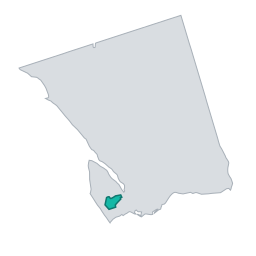 location of Al-Hasna, Shamal Sina', Egypt, rotated 162°
{"feature_id": "37247803B43495383669597", "entity_name": "Al-Hasna", "entity_type": "district", "adm_level": 2, "iso_a3": "EGY", "parent_name": "Egypt", "parent_adm1": "Shamal Sina'", "projection": "equal_earth", "projection_center": [33.353, 30.276], "detail": "fine", "context": "in_parent", "style": "filled", "palette": "teal", "viewbox_px": 256, "rotation_deg": 162, "n_neighbors": 0, "source": "geoboundaries", "source_scale": "gbopen_adm2", "svg_char_len": 3363}
<svg xmlns="http://www.w3.org/2000/svg" viewBox="0 0 256 256"><g transform="rotate(162 128 128)"><path d="M213.1,218.7L208.4,218.7L203.7,218.7L199.0,218.7L194.3,218.7L189.7,218.7L185.0,218.7L180.3,218.7L175.6,218.7L170.9,218.7L166.2,218.7L161.5,218.8L156.8,218.8L152.1,218.8L147.4,218.8L142.7,218.8L138.0,218.8L135.3,218.8L135.8,217.1L136.1,215.8L135.7,215.0L134.8,214.8L134.2,215.1L132.8,218.6L132.1,218.8L130.4,218.8L124.9,218.8L119.5,218.8L114.0,218.8L108.5,218.8L103.1,218.8L97.6,218.8L92.1,218.8L86.7,218.8L81.2,218.8L75.7,218.8L70.3,218.8L64.8,218.8L59.3,218.8L53.9,218.8L48.4,218.8L42.9,218.8L43.0,214.4L43.1,210.1L43.2,205.8L43.3,201.5L43.4,197.2L43.5,193.0L43.6,188.7L43.6,184.4L43.7,180.1L43.8,175.8L43.9,171.6L44.0,167.3L44.1,163.0L44.2,158.8L44.3,154.5L44.4,150.3L44.5,146.0L44.6,141.8L44.7,137.5L44.8,133.3L45.0,129.1L45.1,124.9L45.2,120.6L45.3,116.4L45.4,112.2L45.5,108.0L45.6,103.8L45.7,99.6L45.8,95.4L45.9,91.2L46.1,87.1L46.2,82.9L46.1,82.1L45.4,79.3L44.8,75.7L44.1,71.2L44.1,69.8L42.9,65.3L42.9,64.0L43.2,63.1L45.4,59.2L46.1,57.4L46.7,55.2L46.9,53.4L46.4,50.6L45.7,48.1L45.6,45.6L45.6,43.1L46.7,41.4L48.0,39.8L48.5,38.8L49.3,37.7L49.8,37.2L50.8,39.4L53.0,39.8L60.0,37.9L67.8,39.8L72.0,40.6L78.6,42.3L82.6,45.3L83.7,45.7L86.6,45.7L88.4,47.5L96.0,48.3L100.0,50.3L102.2,51.9L103.6,52.4L104.8,52.3L106.5,51.7L108.6,50.6L110.8,49.0L115.5,45.1L117.2,44.4L118.3,44.6L119.6,44.5L120.1,43.4L120.8,42.7L121.3,41.9L122.0,40.8L124.4,40.6L129.3,38.8L128.8,39.7L124.3,41.6L126.2,41.8L128.2,41.2L130.4,40.7L130.8,39.9L131.1,38.4L131.5,38.2L133.0,38.5L137.6,40.8L138.7,40.9L141.9,39.6L142.6,39.3L143.6,40.0L146.0,43.0L145.2,42.9L142.6,40.4L142.4,41.7L141.0,43.9L142.8,44.8L144.2,45.2L145.0,46.4L145.5,47.5L146.9,47.1L148.0,45.6L147.5,44.7L147.1,43.9L147.6,43.8L148.6,44.5L151.4,47.4L152.4,48.0L153.5,47.9L155.9,47.1L156.5,47.2L159.7,46.2L160.1,46.9L160.6,47.7L163.1,46.8L167.1,46.9L170.4,45.9L174.1,43.7L174.4,43.3L174.6,43.9L175.1,45.4L176.2,49.3L177.3,52.4L178.5,56.7L178.9,58.3L179.1,59.5L180.9,64.2L181.9,68.0L182.7,71.2L183.9,75.8L184.3,77.4L183.6,78.2L182.0,81.2L180.4,90.8L178.1,98.2L177.8,102.9L177.4,104.6L176.3,107.0L174.9,109.3L172.5,108.1L168.5,104.0L166.1,100.1L163.7,97.6L161.3,94.3L160.7,91.9L160.7,90.4L159.7,86.7L158.9,84.9L156.1,80.9L155.2,78.8L154.6,77.9L154.0,76.6L153.0,71.4L151.8,68.2L150.6,69.1L150.8,70.5L149.7,72.3L149.0,74.5L149.5,76.3L151.8,79.1L152.3,80.3L152.8,82.9L152.7,86.4L153.1,87.6L154.8,90.2L155.5,91.8L155.8,93.1L156.4,94.4L158.2,96.6L160.7,101.0L163.0,104.0L164.8,105.4L165.5,106.8L165.7,110.5L165.5,112.3L167.0,115.6L167.6,117.3L169.1,118.6L169.7,120.2L170.4,122.7L171.3,130.3L172.6,132.1L176.5,142.0L179.9,148.3L181.5,153.0L184.0,158.8L188.9,171.4L191.8,175.3L193.0,177.5L195.1,179.2L197.3,181.6L195.2,181.4L194.6,181.5L193.9,181.9L193.5,183.4L193.4,184.6L193.7,191.1L194.3,194.3L196.2,200.5L197.7,202.4L198.4,203.6L199.3,204.5L203.9,206.6L206.5,211.1L212.5,216.8L213.1,218.4L213.1,218.7Z" fill="#d9dde1" stroke="#a8b0b8" stroke-width="1"/><path d="M155.6,66.6L160.9,67.3L161.2,67.2L162.6,66.8L164.8,66.3L166.2,66.3L166.6,66.6L166.9,67.6L167.1,68.3L167.6,68.6L168.1,68.6L168.6,68.7L169.4,68.6L169.9,68.4L173.6,62.0L171.2,56.5L167.9,56.5L164.2,56.5L163.8,58.8L160.9,60.5L156.8,62.7L156.9,63.3L156.8,64.1L155.3,64.1L155.4,64.8L155.5,64.9L155.5,66.4L155.6,66.6Z" fill="#14b8a6" stroke="#0f766e" stroke-width="1.5"/></g></svg>